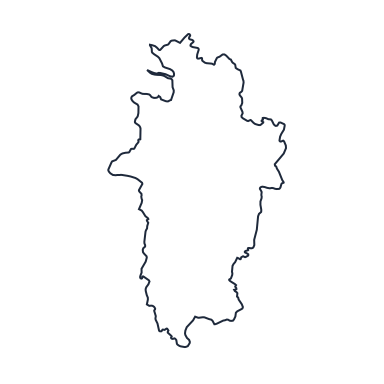 map outline of Ivanovo (orthographic projection), rotated 284°
{"feature_id": "RUS-2355", "entity_name": "Ivanovo", "entity_type": "Region", "adm_level": 1, "iso_a3": "RUS", "parent_name": "Russia", "parent_adm1": "", "projection": "orthographic", "projection_center": [41.756, 57.059], "detail": "fine", "context": "isolated", "style": "outline", "palette": "slate", "viewbox_px": 384, "rotation_deg": 284, "n_neighbors": 0, "source": "natural_earth", "source_scale": "10m", "svg_char_len": 6061}
<svg xmlns="http://www.w3.org/2000/svg" viewBox="0 0 384 384"><g transform="rotate(284 192 192)"><path d="M193.6,105.4L201.2,106.7L202.4,107.1L204.7,110.4L210.8,113.4L211.9,114.4L212.7,115.4L214.0,118.0L215.0,121.0L215.6,121.5L218.9,122.4L219.3,123.0L219.8,125.1L220.2,125.5L224.4,126.5L227.0,127.8L227.8,128.0L228.9,127.4L229.8,127.4L230.2,127.8L230.4,128.9L230.6,129.1L241.1,126.7L242.2,126.1L243.1,125.3L243.8,124.3L245.0,121.0L245.6,119.9L246.3,119.6L248.8,119.5L251.9,120.9L252.7,121.0L255.6,120.9L262.1,119.4L263.7,118.0L264.5,115.2L264.9,114.0L265.9,112.3L267.1,111.0L267.9,110.5L269.2,110.3L270.4,110.7L272.2,112.5L274.9,114.5L275.5,115.2L275.8,116.1L275.8,116.9L275.4,119.0L275.3,120.5L276.2,124.5L276.3,126.8L275.8,128.0L274.6,129.4L274.3,130.1L274.2,131.0L274.1,132.4L274.7,134.4L275.3,135.4L276.2,136.2L277.1,136.4L276.4,138.2L274.4,139.6L273.8,144.3L273.8,145.3L274.1,146.8L276.0,148.9L276.2,149.4L284.3,150.1L286.2,149.7L289.0,147.8L295.7,145.9L296.7,144.7L296.8,143.6L296.6,141.1L297.8,137.3L298.0,136.0L298.0,133.6L297.2,129.6L296.9,127.4L296.9,124.6L297.5,122.6L299.5,118.9L298.6,123.7L298.3,126.1L298.3,128.8L298.5,129.4L299.5,130.8L299.8,132.2L299.9,137.8L299.0,142.6L299.1,145.2L300.5,146.3L302.3,146.0L303.9,145.1L305.1,143.5L305.9,141.0L306.3,135.6L306.9,133.4L309.4,131.9L313.9,128.0L315.0,126.2L316.6,121.7L317.6,119.7L318.2,119.2L321.7,118.1L324.2,115.7L324.7,115.6L324.8,117.8L324.6,120.8L323.6,123.0L322.0,125.5L321.9,126.1L322.2,126.8L326.8,129.3L327.6,130.2L329.1,132.9L329.7,133.4L333.2,134.8L334.0,135.8L334.9,138.2L335.0,139.1L333.8,144.3L340.1,147.4L344.3,150.1L344.5,150.7L344.5,151.4L343.7,152.3L343.1,152.4L341.4,151.8L340.2,152.0L339.8,152.5L339.6,153.2L339.6,155.2L339.4,156.0L338.9,156.8L338.4,157.1L337.8,157.0L335.3,155.2L334.1,155.0L333.5,155.2L333.1,156.1L332.8,157.6L333.1,162.6L332.9,163.3L332.3,163.9L331.6,164.1L326.7,163.8L323.9,164.2L323.3,164.5L322.9,165.0L322.9,165.7L323.3,166.7L324.3,168.5L324.4,169.0L324.1,169.4L322.2,170.0L321.8,170.4L320.6,173.2L320.5,174.9L321.3,179.9L321.3,180.6L320.8,182.5L321.8,183.1L323.7,182.8L327.9,183.7L328.6,184.1L330.0,186.1L332.8,188.4L333.2,189.6L333.3,190.3L332.6,192.2L330.1,196.2L329.9,197.7L328.0,199.3L327.3,200.2L326.4,202.6L325.8,203.2L323.0,204.4L322.6,205.3L322.1,206.8L321.6,209.6L320.7,210.3L313.2,214.4L312.4,215.0L310.6,215.6L302.3,216.2L301.1,215.6L299.8,214.4L298.5,214.3L297.4,215.0L295.6,217.4L294.7,218.0L290.6,219.2L287.9,218.9L287.1,218.4L286.5,218.3L285.9,218.5L281.9,221.6L280.6,222.1L277.9,221.5L276.7,222.0L275.8,223.6L274.4,228.3L274.4,229.3L276.0,231.3L275.9,231.9L274.2,234.6L273.4,236.3L273.2,237.8L273.1,240.4L273.4,241.9L274.0,242.5L276.5,244.3L277.0,244.3L277.2,243.8L277.6,242.6L277.8,242.3L278.7,242.6L279.2,243.3L280.0,243.2L280.6,242.7L280.9,242.7L281.3,243.6L281.5,244.9L281.5,246.3L281.1,248.4L281.5,251.0L280.7,252.2L277.4,255.0L276.6,256.4L276.4,257.4L277.1,258.7L280.4,259.7L280.8,260.7L280.8,261.4L280.1,265.0L279.6,265.6L278.8,265.9L274.7,266.1L270.0,264.6L267.0,264.1L263.2,264.4L262.7,264.7L262.4,265.2L262.4,266.0L262.8,266.6L263.9,268.0L263.4,269.1L259.8,271.8L257.3,272.6L251.5,271.7L239.0,265.6L237.6,266.2L237.4,266.9L237.0,267.6L235.3,268.7L232.7,271.4L225.4,276.7L223.6,278.6L223.1,278.6L222.2,277.2L221.4,276.8L217.8,276.7L216.7,276.3L216.1,275.8L215.3,273.2L215.2,271.7L215.4,270.1L215.3,268.6L214.4,266.6L214.2,263.8L214.4,261.4L214.2,259.0L213.6,257.9L212.7,257.1L211.5,257.1L209.8,258.8L208.8,259.6L205.9,260.0L204.2,260.8L202.6,261.0L199.4,260.7L196.1,261.5L191.8,263.4L190.4,263.8L189.3,263.9L187.0,262.3L184.4,262.0L171.1,264.0L160.6,263.9L155.6,265.3L153.4,265.0L152.3,264.4L151.6,262.9L151.6,261.6L151.4,260.5L151.0,259.9L150.5,259.9L149.4,260.6L149.0,260.4L148.0,258.6L147.2,257.8L146.6,257.7L146.2,258.0L145.7,260.2L145.2,261.6L144.5,261.9L143.8,261.8L141.8,259.7L141.6,259.1L142.0,257.1L140.6,255.6L138.6,255.4L138.4,255.0L138.4,254.5L138.9,253.4L139.1,251.8L134.3,250.8L132.4,249.8L130.2,249.2L124.2,250.1L123.0,250.8L121.3,251.1L117.8,250.7L117.3,250.5L116.1,249.3L115.7,249.3L115.3,249.7L114.7,250.8L113.0,256.0L112.3,257.3L110.8,256.8L110.4,257.0L109.5,258.2L108.6,258.6L108.0,258.1L107.3,256.6L106.3,257.5L105.6,259.5L104.8,260.5L101.4,261.0L100.8,262.3L98.9,263.3L95.1,267.5L92.7,269.2L91.2,269.1L90.5,268.5L87.2,264.8L85.5,263.8L81.7,264.2L78.7,263.6L77.1,262.9L76.6,261.8L76.3,260.3L76.3,259.6L76.8,258.1L76.7,256.7L75.5,255.0L74.8,253.4L70.3,248.0L69.4,246.6L69.1,245.7L71.9,243.2L72.4,242.4L72.8,241.6L72.8,239.3L73.4,234.4L73.1,232.8L71.6,229.0L71.5,228.1L71.8,225.2L67.7,224.1L59.6,219.6L55.9,219.1L53.2,219.4L51.7,220.1L49.2,222.4L47.8,225.0L46.0,226.2L44.8,226.3L41.4,225.2L40.2,223.5L39.8,222.5L39.5,218.4L39.6,217.2L39.9,216.2L40.4,214.9L41.0,214.1L44.5,212.6L45.5,211.3L45.7,210.7L45.7,210.2L44.9,209.1L44.7,208.3L45.0,207.3L45.6,206.9L46.8,207.3L47.3,206.9L49.7,202.5L50.5,202.3L51.9,202.6L53.3,201.1L53.4,200.6L53.2,200.2L51.6,198.8L51.5,198.0L51.5,197.0L51.3,196.7L49.6,196.1L49.3,195.7L49.1,194.4L49.3,193.9L49.5,193.6L56.1,190.3L59.3,187.6L60.5,187.1L62.8,186.9L67.5,184.1L68.0,184.0L69.1,184.5L69.8,184.5L70.7,183.8L71.4,183.0L72.0,181.4L71.9,180.0L71.2,178.1L72.0,175.4L77.0,175.2L78.8,174.7L81.1,173.0L84.7,171.1L86.1,170.6L87.2,170.5L88.7,170.7L91.8,172.0L94.9,172.4L95.9,171.5L98.3,165.2L98.2,164.7L97.9,164.4L96.8,164.5L96.2,164.4L95.8,164.1L95.8,163.0L96.3,162.5L97.0,162.2L98.5,162.2L101.6,162.6L105.3,161.6L113.2,163.9L117.4,164.0L118.6,163.5L120.8,160.1L121.8,159.0L124.0,158.2L125.6,158.3L127.7,159.7L129.1,159.4L130.6,158.3L132.2,157.8L142.3,156.5L143.7,156.6L145.8,157.2L148.1,156.8L151.5,157.0L152.9,155.5L153.7,155.0L154.2,155.3L155.1,156.2L155.5,156.0L155.9,155.6L157.3,152.6L160.6,149.2L161.8,147.7L162.5,144.7L169.3,145.8L172.1,145.6L173.2,144.8L175.2,143.9L176.5,143.9L178.0,143.4L179.7,140.8L180.4,140.2L181.1,140.1L187.8,141.9L188.9,141.3L191.3,136.0L191.9,133.7L192.2,128.7L192.1,125.6L191.6,119.8L191.4,118.7L191.1,118.0L190.4,115.3L189.8,113.9L189.4,111.1L190.4,108.2L191.7,106.4L192.7,105.6L193.6,105.4Z" fill="none" stroke="#1e293b" stroke-width="2"/></g></svg>